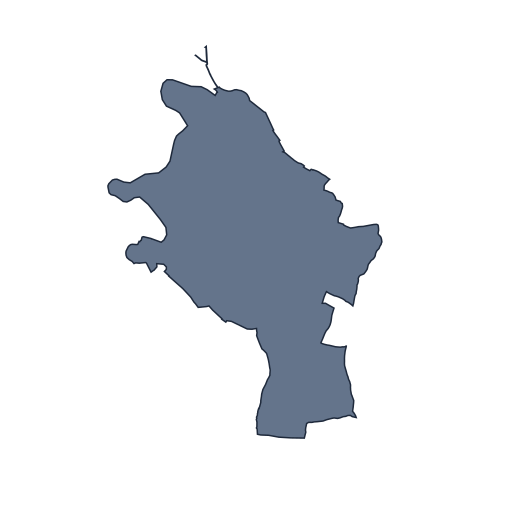 Radesti, Alba, Romania, rotated 33°
{"feature_id": "2599482B76876393099506", "entity_name": "Radesti", "entity_type": "district", "adm_level": 2, "iso_a3": "ROU", "parent_name": "Romania", "parent_adm1": "Alba", "projection": "natural_earth1", "projection_center": [23.757, 46.248], "detail": "fine", "context": "isolated", "style": "filled", "palette": "slate", "viewbox_px": 512, "rotation_deg": 33, "n_neighbors": 0, "source": "geoboundaries", "source_scale": "gbopen_adm2", "svg_char_len": 6129}
<svg xmlns="http://www.w3.org/2000/svg" viewBox="0 0 512 512"><g transform="rotate(33 256 256)"><path d="M373.8,395.5L384.2,389.6L395.7,382.4L394.5,379.0L393.8,376.8L393.1,375.9L392.4,375.2L391.2,372.9L390.7,371.5L389.7,368.9L390.3,367.7L390.7,366.9L393.5,365.1L395.2,363.4L397.6,361.6L402.1,357.9L404.5,354.7L408.2,350.7L409.7,349.3L412.9,347.8L414.7,345.9L416.6,343.3L418.6,341.6L419.9,339.7L422.0,338.3L424.2,338.3L428.0,336.9L426.6,335.8L424.7,334.8L423.1,334.1L421.6,333.7L419.8,329.8L418.6,327.5L417.9,326.1L416.7,324.0L415.9,323.4L413.6,321.7L412.6,320.9L411.8,320.4L411.1,319.9L410.5,319.2L408.6,317.2L408.1,316.6L407.6,315.8L407.0,315.1L406.8,314.7L406.1,313.6L405.5,312.6L404.7,311.9L403.6,310.9L402.8,310.2L402.1,309.8L401.3,309.3L400.7,308.9L399.2,307.5L398.9,307.2L397.4,306.2L396.1,305.1L394.5,303.6L392.4,301.8L390.1,299.8L388.8,298.1L387.5,296.0L385.9,293.6L384.6,291.4L382.7,287.5L381.9,285.4L381.2,283.3L380.8,282.4L380.6,282.4L380.4,283.0L379.9,283.7L379.2,284.4L378.4,284.8L377.4,285.6L376.6,286.4L376.1,286.7L372.2,288.8L366.3,290.9L364.1,291.9L360.9,293.0L358.3,293.6L357.7,293.5L357.1,289.7L355.9,283.6L355.6,280.6L356.0,277.5L355.9,275.4L355.6,273.3L354.7,270.4L354.0,268.8L351.9,264.5L350.5,259.8L349.8,257.2L343.9,257.6L340.1,257.8L337.3,259.6L335.5,253.6L335.1,251.7L334.6,248.5L334.5,247.5L336.0,247.5L338.3,247.4L343.3,246.7L345.1,246.0L347.3,245.4L349.1,245.1L351.8,244.7L354.5,244.7L356.1,245.1L358.4,244.6L360.9,244.7L362.4,244.8L364.4,245.1L363.7,242.8L362.4,239.8L361.3,237.2L360.7,235.7L360.5,234.9L360.4,233.0L359.6,231.5L358.6,229.0L357.5,226.9L356.5,225.3L356.4,223.9L355.7,221.8L355.2,220.8L354.5,219.8L353.9,219.1L353.6,217.0L353.9,215.5L355.2,213.7L356.2,212.3L356.4,210.2L356.5,208.2L356.4,206.4L355.8,204.7L355.1,202.9L354.8,201.6L355.0,199.0L355.0,197.2L356.0,194.4L356.1,192.3L355.9,191.0L355.4,189.9L354.9,188.6L354.6,186.8L354.5,185.9L354.7,184.7L355.1,182.9L354.9,181.7L354.6,180.2L354.6,179.2L354.6,178.1L354.3,177.5L353.9,175.6L353.2,174.9L352.8,174.3L351.4,172.9L350.3,172.1L349.2,171.7L348.2,171.6L347.2,171.3L346.1,170.7L344.8,167.6L343.8,166.2L342.1,164.1L341.1,163.5L339.8,163.8L337.5,165.5L329.8,172.8L326.2,175.4L323.8,177.7L321.6,179.7L320.1,181.0L319.0,181.3L315.6,182.0L312.7,182.3L312.1,181.7L306.8,183.2L305.3,181.2L304.2,178.8L304.3,176.9L303.9,174.7L303.3,172.6L302.7,170.8L302.2,168.7L301.5,167.1L299.7,165.0L298.5,165.1L297.0,164.3L294.3,165.1L292.6,165.5L290.2,163.4L287.8,162.3L286.1,161.7L285.0,161.8L283.2,162.4L281.3,162.6L279.8,162.9L277.0,163.7L276.2,162.0L275.2,160.5L274.8,159.3L274.9,157.3L275.2,155.9L275.4,154.3L275.7,152.4L276.0,151.5L274.9,151.5L273.3,151.5L272.0,151.3L270.5,151.2L268.9,151.3L266.3,151.5L265.3,151.4L262.9,151.4L260.5,151.7L257.2,152.5L257.0,152.9L255.5,153.0L255.0,153.4L254.8,154.4L254.7,155.1L251.0,155.5L247.5,155.6L247.5,154.2L246.4,154.0L244.3,154.0L243.6,154.0L242.6,154.3L241.3,154.8L240.0,155.0L236.4,155.0L235.3,154.9L233.9,154.7L232.4,154.6L230.2,154.3L228.0,154.1L225.8,153.8L223.7,153.6L221.8,154.0L222.4,152.6L216.2,149.3L213.9,148.0L212.7,147.1L212.7,146.7L213.0,146.0L208.6,144.3L205.8,143.3L203.8,142.5L201.8,141.6L202.2,140.7L200.7,139.9L196.8,137.4L185.8,130.5L184.2,130.8L166.0,129.1L164.3,127.4L162.4,126.3L160.6,125.4L158.8,125.0L156.4,125.0L153.5,125.4L151.7,126.2L149.1,127.1L147.5,128.3L146.0,130.4L144.6,131.8L143.1,132.8L141.0,133.5L139.6,134.0L137.0,134.5L134.8,134.7L133.4,134.5L133.1,134.4L132.5,135.4L130.6,134.7L128.9,134.0L128.2,133.8L127.7,133.5L126.3,132.9L120.1,129.5L118.9,128.6L118.2,128.3L117.5,127.9L116.7,127.3L115.3,126.3L114.5,125.7L113.2,124.9L112.2,124.3L111.1,123.5L110.4,122.9L110.4,122.5L110.6,122.2L110.7,121.6L110.6,121.3L109.4,119.9L108.9,119.3L104.8,113.6L102.7,110.8L100.6,108.0L100.1,107.3L99.7,108.6L100.2,108.5L100.7,108.6L101.4,109.5L105.1,114.7L107.0,117.2L108.9,119.8L109.2,120.1L108.7,120.3L107.8,120.4L105.7,121.0L104.5,121.2L103.7,121.4L102.3,121.2L96.0,120.5L95.9,120.7L102.4,121.4L103.7,121.6L104.6,121.5L105.7,121.2L107.9,120.7L108.7,120.6L109.4,120.3L110.0,121.1L110.5,121.5L110.5,121.8L110.3,122.2L110.1,122.6L110.2,123.0L111.3,124.0L112.8,124.9L115.0,126.3L116.4,127.3L117.9,128.4L120.3,129.8L124.1,131.9L126.5,133.1L127.9,133.8L130.2,134.8L132.3,135.6L130.1,138.7L131.6,138.7L132.6,138.9L134.4,139.7L134.1,140.6L134.2,141.7L134.3,143.6L124.5,143.1L117.8,143.9L109.3,149.0L97.0,152.0L90.1,153.7L85.4,156.6L84.0,161.8L86.5,169.7L92.3,175.9L99.3,179.1L109.4,177.6L114.0,177.6L127.7,184.0L126.3,191.1L124.7,195.8L124.0,198.7L124.8,203.5L126.0,207.0L132.2,223.3L132.2,230.3L129.1,239.3L118.4,247.9L110.7,263.1L104.9,266.0L97.6,267.3L95.8,268.6L94.2,270.5L93.2,275.6L93.6,277.8L94.5,279.0L98.4,283.0L101.0,283.5L105.1,282.1L110.1,282.2L114.9,282.6L118.3,281.0L120.6,277.4L122.2,273.4L126.3,269.9L137.5,271.4L155.7,277.4L164.9,281.1L169.6,286.9L170.1,292.6L169.0,296.1L159.0,298.4L159.0,298.5L158.4,298.5L151.1,301.1L150.3,302.0L150.2,302.4L151.2,305.4L150.8,306.0L150.7,307.4L150.0,307.5L150.5,310.7L149.4,311.6L146.3,313.3L145.7,313.7L144.7,314.7L144.1,316.2L143.8,317.8L144.4,322.7L145.2,324.3L146.6,326.1L148.6,327.6L151.6,328.1L155.2,328.0L157.8,328.8L158.8,327.3L162.0,325.6L167.0,321.6L168.0,321.6L176.8,326.7L177.7,324.3L178.2,323.5L178.8,319.1L176.9,316.5L183.1,313.2L186.8,314.0L188.1,316.1L187.6,318.9L193.8,320.0L193.8,320.4L204.4,322.0L212.4,323.2L223.6,326.0L229.2,328.5L231.3,329.0L235.5,330.6L242.1,325.3L243.8,323.5L249.2,325.0L261.7,327.2L261.7,327.7L266.7,327.9L266.7,326.2L271.0,324.2L288.4,322.0L292.5,319.6L295.9,316.5L297.3,318.4L298.6,319.7L299.9,322.4L302.4,324.3L306.4,327.2L311.3,330.5L312.1,330.8L313.2,330.8L315.5,331.3L317.6,331.8L318.4,332.3L321.6,335.1L322.9,336.3L325.7,339.2L327.1,340.8L328.5,342.4L329.3,343.1L330.2,344.2L331.8,347.2L332.6,348.4L332.9,351.0L333.0,353.6L334.0,358.5L334.5,364.2L336.0,368.8L337.1,370.9L338.7,374.5L339.8,376.3L341.2,380.7L341.3,382.4L341.7,382.4L341.6,383.7L342.2,385.4L342.9,386.6L343.0,387.3L343.9,388.8L344.2,390.9L345.0,391.6L345.3,392.9L347.2,394.7L349.8,398.8L350.0,400.0L351.2,400.5L354.3,404.7L357.5,403.5L364.2,399.5L373.8,395.5Z" fill="#64748b" stroke="#1e293b" stroke-width="1.5"/></g></svg>